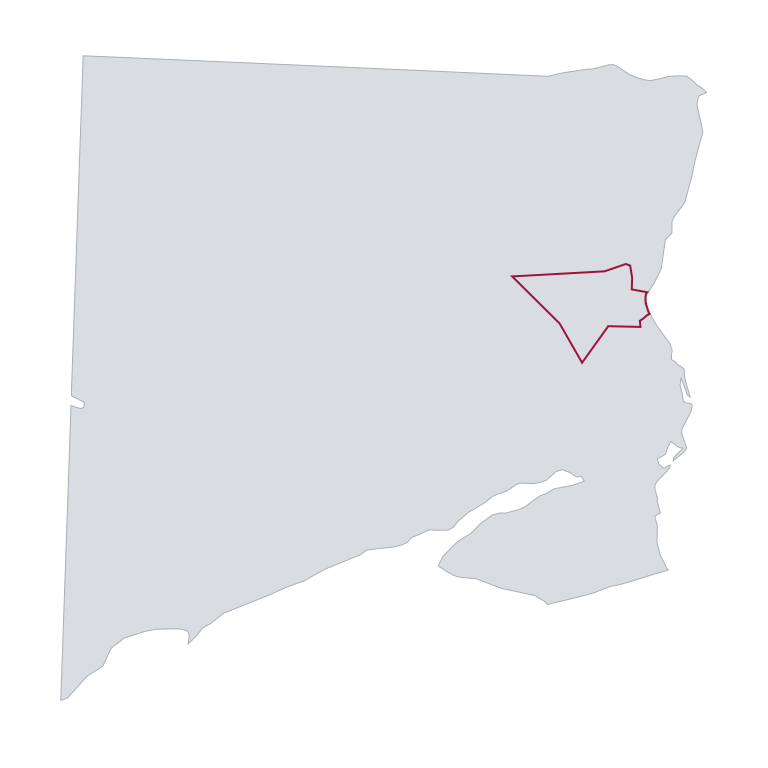 Al-Hammam, Matruh, Egypt shown in context, rotated 92°
{"feature_id": "37247803B30384422366927", "entity_name": "Al-Hammam", "entity_type": "district", "adm_level": 2, "iso_a3": "EGY", "parent_name": "Egypt", "parent_adm1": "Matruh", "projection": "natural_earth1", "projection_center": [29.325, 29.822], "detail": "fine", "context": "in_parent", "style": "outline", "palette": "rose", "viewbox_px": 768, "rotation_deg": 92, "n_neighbors": 0, "source": "geoboundaries", "source_scale": "gbopen_adm2", "svg_char_len": 3769}
<svg xmlns="http://www.w3.org/2000/svg" viewBox="0 0 768 768"><g transform="rotate(92 384 384)"><path d="M711.2,696.0L693.4,696.0L675.7,696.0L657.9,696.0L640.1,696.0L622.3,696.0L604.5,696.0L586.7,696.0L568.9,696.0L551.1,696.0L533.3,696.0L515.5,696.0L497.7,696.0L480.0,696.0L462.2,696.0L444.4,696.0L426.6,696.1L416.4,696.1L418.2,690.3L419.2,686.2L418.0,683.4L414.5,682.7L412.3,683.6L407.0,695.6L404.2,696.1L397.9,696.1L377.2,696.1L356.5,696.1L335.8,696.1L315.1,696.1L294.3,696.1L273.6,696.1L252.9,696.1L232.2,696.1L211.5,696.1L190.8,696.1L170.1,696.1L149.4,696.1L128.6,696.1L107.9,696.1L87.2,696.1L66.5,696.1L66.6,681.6L66.7,667.1L66.8,652.6L67.0,638.1L67.1,623.6L67.2,609.1L67.3,594.6L67.4,580.1L67.6,565.6L67.7,551.0L67.8,536.5L67.9,522.0L68.1,507.5L68.2,493.0L68.3,478.5L68.5,464.0L68.6,449.5L68.7,435.0L68.9,420.5L69.0,405.9L69.2,391.4L69.3,376.9L69.4,362.4L69.6,347.9L69.7,333.4L69.9,318.9L70.0,304.3L70.2,289.8L70.3,275.3L70.5,260.8L70.6,246.3L70.8,231.7L70.3,229.0L67.5,219.2L65.0,206.6L62.2,191.2L61.9,186.2L57.2,170.4L56.8,165.9L58.0,162.7L66.2,149.3L68.7,142.8L70.8,135.0L71.6,128.7L69.3,119.0L66.7,110.3L65.8,101.3L65.6,92.6L69.7,86.6L74.7,81.0L76.5,77.6L79.5,73.7L81.5,71.9L85.4,79.7L93.7,81.1L120.8,74.1L150.5,81.1L166.9,83.8L192.2,89.8L207.6,100.5L211.9,101.8L223.0,101.6L230.2,107.9L259.2,111.0L274.6,117.9L283.4,123.5L288.7,125.2L293.3,124.9L299.6,122.8L307.5,118.9L316.2,113.5L334.1,99.5L340.4,97.1L344.5,97.7L349.6,97.5L351.6,93.7L354.3,91.1L355.9,88.2L358.6,84.6L367.9,83.6L386.5,77.6L384.5,80.5L367.5,87.3L374.8,88.1L382.2,85.8L390.7,84.3L392.2,81.4L393.3,76.0L395.0,75.2L400.8,76.2L418.3,84.6L422.7,84.8L435.0,80.2L437.6,79.2L441.6,81.8L450.7,92.2L447.6,92.0L437.8,83.0L436.9,87.5L431.4,95.3L438.4,98.7L444.0,100.0L447.1,104.3L449.0,108.2L454.6,106.5L458.5,101.2L456.4,98.3L455.0,95.2L456.8,95.2L460.7,97.7L471.8,107.7L475.6,109.8L479.9,109.4L488.9,106.6L491.3,107.0L503.4,103.3L504.8,106.1L506.9,108.8L516.5,105.8L531.8,105.8L544.3,102.5L558.7,94.6L559.8,93.4L560.6,95.3L562.4,100.8L567.0,114.5L570.9,125.3L575.9,140.3L577.4,146.1L578.1,150.0L585.2,166.5L589.4,180.0L592.5,191.0L596.9,207.1L598.8,212.6L595.9,215.6L590.1,226.0L584.2,259.2L575.4,285.1L574.5,301.3L573.1,307.1L568.9,315.3L563.7,323.4L554.3,319.2L539.0,305.1L530.0,291.6L520.4,283.0L511.3,271.5L508.8,263.2L508.8,257.9L504.8,244.9L501.8,238.8L490.8,225.0L487.6,217.6L485.1,214.4L482.7,209.8L478.6,191.9L474.2,180.5L469.3,183.7L470.2,188.5L466.0,195.1L463.4,202.7L465.5,209.0L474.5,218.5L476.3,222.7L478.4,231.7L478.2,244.0L479.7,248.2L486.5,257.3L488.9,262.7L490.4,267.4L492.6,271.6L499.4,279.6L509.1,294.7L518.2,304.9L524.8,309.8L527.7,314.7L528.4,327.5L528.0,333.5L533.9,345.0L536.1,350.7L541.7,355.5L544.3,360.8L546.7,369.6L550.5,395.5L555.5,401.8L570.8,435.9L583.7,457.4L590.1,473.5L599.6,493.0L618.5,536.0L629.6,549.2L634.0,556.6L642.0,562.4L650.7,570.7L642.5,569.9L640.5,570.4L637.6,571.8L636.3,576.8L635.8,580.9L637.0,602.6L639.4,613.7L646.9,634.7L652.3,641.0L655.0,645.1L658.7,648.0L675.9,655.2L686.1,670.3L708.9,689.5L711.2,694.8L711.2,696.0Z" fill="#d9dde1" stroke="#a8b0b8" stroke-width="1"/><path d="M318.0,129.7L317.9,129.7L311.9,130.5L309.9,127.6L309.3,127.0L307.4,124.9L307.0,124.4L306.7,124.1L306.0,123.4L305.8,123.3L305.7,122.8L305.5,122.4L305.4,122.2L305.3,121.9L304.9,121.2L302.7,122.2L302.3,122.4L294.2,125.3L294.1,125.0L293.6,125.2L292.5,125.4L291.7,125.6L289.8,125.6L288.7,125.7L287.6,125.7L286.5,125.6L285.0,125.4L284.6,125.3L284.4,125.2L284.0,125.0L283.4,124.7L283.1,124.3L280.8,139.7L269.3,139.7L257.1,142.1L255.6,146.5L263.7,167.5L272.0,259.6L273.7,257.8L317.4,210.6L330.3,202.6L340.5,196.3L355.8,186.8L331.2,170.4L326.7,167.4L323.9,165.6L318.5,161.9L318.4,161.9L318.4,161.7L318.0,129.7L318.0,129.7Z" fill="none" stroke="#9f1239" stroke-width="2"/></g></svg>